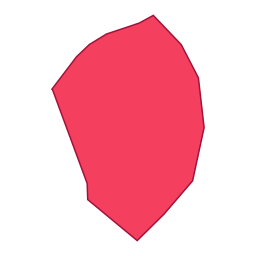 the border of Asunción
{"feature_id": "PRY-4837", "entity_name": "Asunción", "entity_type": "Capital District", "adm_level": 1, "iso_a3": "PRY", "parent_name": "Paraguay", "parent_adm1": "", "projection": "robinson", "projection_center": [-57.605, -25.319], "detail": "fine", "context": "isolated", "style": "filled", "palette": "rose", "viewbox_px": 256, "rotation_deg": 0, "n_neighbors": 0, "source": "natural_earth", "source_scale": "10m", "svg_char_len": 309}
<svg xmlns="http://www.w3.org/2000/svg" viewBox="0 0 256 256"><path d="M137.2,240.6L87.7,199.6L87.2,183.5L52.5,89.6L51.9,89.2L76.5,56.8L89.5,44.4L106.5,34.0L139.1,23.1L153.3,15.4L181.2,44.6L198.4,77.8L204.1,127.6L192.6,180.8L164.1,214.0L137.2,240.6Z" fill="#f43f5e" stroke="#9f1239" stroke-width="1.5"/></svg>